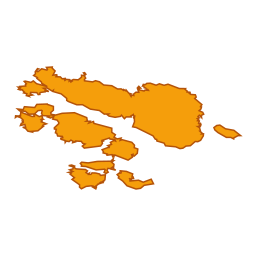 outline of Rennesøy nor, Rogaland, Norway
{"feature_id": "86288312B22381651590620", "entity_name": "Rennesøy nor", "entity_type": "district", "adm_level": 2, "iso_a3": "NOR", "parent_name": "Norway", "parent_adm1": "Rogaland", "projection": "robinson", "projection_center": [5.661, 59.087], "detail": "fine", "context": "isolated", "style": "filled", "palette": "amber", "viewbox_px": 256, "rotation_deg": 0, "n_neighbors": 0, "source": "geoboundaries", "source_scale": "gbopen_adm2", "svg_char_len": 5722}
<svg xmlns="http://www.w3.org/2000/svg" viewBox="0 0 256 256"><path d="M52.3,67.0L46.4,67.4L47.5,69.3L46.9,70.1L41.7,68.8L37.9,71.7L37.0,71.5L37.2,70.5L36.8,71.5L37.0,69.8L38.5,68.9L37.5,68.6L35.2,71.8L35.5,73.8L33.6,75.5L37.4,77.6L36.9,78.4L41.4,82.0L41.6,83.2L47.3,86.6L36.6,83.7L33.3,80.9L31.0,82.4L25.2,81.1L24.2,81.4L26.4,83.8L25.4,84.6L25.7,86.0L18.9,86.5L21.3,87.6L18.2,87.2L20.5,89.3L18.8,88.9L18.3,89.3L20.3,90.0L21.7,89.7L23.1,90.2L22.2,90.1L24.4,92.1L23.6,92.9L26.9,93.7L26.3,95.6L28.8,96.3L28.2,95.7L32.6,95.0L30.3,93.8L30.6,92.4L36.8,92.6L38.2,94.6L39.9,94.4L39.7,93.1L40.8,92.4L45.2,91.8L45.0,91.0L48.8,91.5L43.5,88.3L47.1,88.0L52.2,91.1L53.3,90.3L53.0,91.5L61.2,93.9L66.7,98.4L66.7,100.4L68.3,101.5L76.8,104.8L82.5,104.7L90.3,109.1L99.4,110.5L104.2,114.1L108.7,114.0L107.5,114.9L109.0,116.1L115.1,117.3L120.5,116.4L121.5,115.2L124.4,118.7L126.2,116.9L131.2,116.9L130.8,116.0L133.3,114.5L133.4,115.9L134.7,116.0L134.4,117.8L133.5,116.9L133.9,118.0L133.3,117.8L134.3,118.4L134.5,121.8L132.6,126.8L136.2,127.5L153.0,135.8L155.3,139.2L156.7,139.4L156.9,141.0L164.1,143.1L165.5,145.8L175.7,146.8L179.9,148.6L182.9,148.2L186.0,146.1L190.4,145.7L195.2,141.5L197.8,141.7L200.6,140.3L203.3,135.9L203.5,133.8L201.8,133.9L202.4,133.4L199.9,131.2L200.5,131.1L199.5,127.7L197.8,126.6L199.8,126.6L199.5,125.8L200.5,126.0L201.0,124.7L200.3,122.7L200.3,124.6L198.5,123.4L199.3,121.2L198.3,120.9L199.5,120.1L198.0,120.3L198.6,119.7L197.3,118.6L199.3,117.9L198.0,116.5L199.3,115.2L201.6,117.6L201.3,115.4L203.7,114.2L202.7,112.3L199.1,110.7L200.9,109.0L201.5,107.0L200.5,106.7L201.9,104.6L194.7,98.5L196.2,97.1L195.4,94.8L190.6,94.4L189.5,93.4L190.8,93.3L188.7,92.8L190.6,92.3L187.0,92.0L187.2,91.1L184.8,89.1L185.3,88.6L179.2,88.5L168.0,84.2L164.1,85.3L159.4,83.8L156.1,85.2L150.3,83.2L146.7,83.4L145.4,84.6L143.3,84.4L142.6,86.0L143.7,85.7L144.2,87.8L145.6,87.9L146.5,89.2L147.8,89.5L148.4,90.4L145.0,90.1L144.1,91.0L139.7,90.0L138.5,88.2L140.6,88.1L138.8,86.3L137.3,88.0L138.8,92.3L135.9,92.2L133.5,94.2L133.8,95.5L131.7,95.1L131.1,96.5L129.8,94.3L130.8,93.8L128.7,93.1L126.1,90.0L125.8,90.8L122.9,89.1L124.3,90.8L121.2,88.9L117.6,89.0L111.8,85.7L103.7,85.0L99.5,81.8L95.5,80.7L92.6,81.9L84.5,80.8L84.4,79.4L85.7,78.1L84.3,75.7L85.9,74.3L84.6,72.6L83.5,72.9L84.6,74.2L83.5,75.6L81.5,75.2L81.5,77.2L78.2,79.8L73.3,79.5L71.6,80.4L72.3,81.0L70.9,82.0L70.3,80.4L69.2,81.1L69.4,79.6L66.0,79.4L64.9,80.4L64.1,78.9L66.0,78.3L62.2,78.8L60.4,76.9L56.0,76.7L57.0,75.1L56.4,74.7L52.9,75.2L55.1,71.0L52.1,68.0L52.3,67.0ZM62.1,113.3L54.3,115.4L52.7,119.1L57.1,120.1L58.8,122.5L58.7,123.7L54.3,127.8L54.4,129.0L56.3,129.3L55.4,132.8L56.8,133.4L57.6,136.0L62.4,136.4L62.8,137.7L60.7,138.2L61.0,139.3L65.0,140.5L65.2,142.5L66.2,141.1L69.1,141.6L70.9,140.1L73.0,141.3L72.6,142.7L76.4,141.6L75.0,141.5L75.6,141.0L81.4,141.4L82.6,143.3L85.1,144.0L82.3,146.1L84.3,148.1L100.6,146.0L102.5,143.4L101.8,141.3L102.1,140.8L103.0,141.2L103.4,141.0L102.3,140.3L109.4,138.0L110.0,139.1L114.9,139.5L115.5,141.0L114.0,140.4L110.4,142.4L111.5,144.4L108.1,145.5L109.5,146.0L109.2,147.3L107.8,146.6L109.0,147.8L107.5,146.9L108.0,147.5L102.1,149.7L103.4,151.7L103.1,152.9L108.0,154.2L106.7,154.4L107.0,155.2L112.0,154.6L112.9,157.4L113.2,155.0L114.3,155.0L113.8,156.1L115.3,155.2L128.1,160.1L132.4,157.2L131.6,154.7L133.1,154.3L132.9,156.0L134.2,156.1L137.3,153.3L137.8,149.0L134.2,147.7L134.5,145.2L131.8,142.3L122.1,139.7L120.1,140.4L121.1,138.1L117.2,138.9L114.0,137.2L115.4,134.7L111.8,132.4L111.8,128.2L93.9,123.4L93.5,121.5L88.8,123.0L90.1,121.2L86.3,121.2L87.3,120.6L86.7,117.6L74.5,112.7L62.1,113.3ZM71.6,165.0L68.7,165.6L73.4,166.9L72.9,168.9L69.6,169.8L72.7,171.4L68.7,172.4L71.3,173.1L70.2,174.2L74.4,177.7L72.0,179.4L79.6,184.8L79.5,187.1L81.4,188.8L86.1,186.4L91.3,185.8L93.4,186.2L94.3,187.1L93.1,187.3L95.8,188.9L96.5,187.0L95.6,186.2L97.9,184.5L97.3,184.4L101.1,183.1L100.1,182.7L100.9,182.1L103.0,182.7L103.4,182.0L101.9,182.0L104.9,179.9L105.4,174.8L100.4,175.4L99.7,174.0L95.6,173.0L92.0,172.9L90.9,174.4L88.6,174.4L89.2,173.2L88.0,173.8L86.0,172.6L87.5,170.9L85.4,169.5L76.1,168.9L74.0,167.3L74.7,166.1L71.6,165.0ZM20.8,112.1L20.5,115.1L19.7,115.5L21.1,116.2L15.6,115.8L15.4,117.5L17.0,116.4L20.7,117.7L23.1,120.0L23.2,121.5L22.4,121.3L23.1,122.6L21.3,123.3L20.4,125.5L24.9,124.5L25.6,127.2L22.7,127.2L25.5,128.4L27.9,131.2L31.9,132.0L31.3,131.4L37.9,130.8L43.3,126.4L42.4,126.2L43.1,125.0L46.4,123.8L41.3,121.8L42.1,120.9L41.0,119.8L43.0,119.3L42.1,118.9L42.7,118.5L41.8,115.7L39.2,116.6L35.3,114.4L33.9,115.1L34.3,116.4L32.0,116.5L20.8,112.1ZM151.2,179.2L143.2,182.2L138.5,180.2L130.0,181.0L129.9,178.9L132.0,179.9L130.4,178.9L133.6,178.5L133.1,176.9L132.0,177.0L132.7,173.9L126.4,171.4L119.5,170.7L121.3,171.6L121.0,173.0L119.6,173.3L120.2,172.3L117.1,174.6L119.0,176.7L118.3,177.9L122.7,181.0L127.0,185.8L136.0,189.0L140.6,188.3L144.2,185.3L153.5,183.8L151.2,179.2ZM47.9,104.0L36.8,104.4L34.7,107.5L24.4,106.7L23.2,109.6L17.6,109.0L19.7,110.9L25.3,111.3L29.1,114.2L34.5,114.0L38.0,110.6L41.6,110.3L42.2,110.8L41.5,113.3L42.7,115.6L49.6,116.0L47.7,117.0L50.5,118.0L53.5,116.6L53.9,115.6L52.8,115.3L53.6,114.7L51.1,114.3L50.7,112.6L53.4,110.2L53.4,106.4L47.1,104.3L47.9,104.0ZM112.7,160.8L113.3,158.7L110.8,161.2L97.3,161.4L88.2,162.9L81.7,162.2L80.3,163.4L81.6,164.9L81.4,166.2L85.8,166.5L96.1,169.9L104.6,169.2L105.2,169.7L104.1,172.5L106.0,173.4L108.2,172.2L107.0,170.3L107.9,168.4L110.4,168.6L113.0,166.8L113.2,168.8L112.0,169.3L115.7,170.2L113.4,168.6L114.0,164.3L111.6,162.2L113.5,160.8L112.7,160.8ZM219.9,125.1L216.7,125.5L213.9,127.6L214.9,130.0L218.0,132.6L226.4,137.4L230.8,137.4L233.7,138.9L233.8,137.9L237.9,135.7L240.6,135.6L233.9,130.3L225.5,128.8L219.9,125.1Z" fill="#f59e0b" stroke="#b45309" stroke-width="1.5"/></svg>